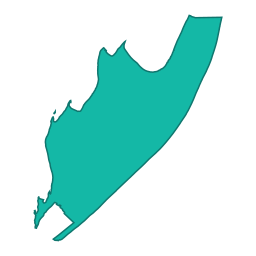 the district of Santa Vitória do Palmar, Rio Grande do Sul, Brazil
{"feature_id": "56859067B53044633061620", "entity_name": "Santa Vitória do Palmar", "entity_type": "district", "adm_level": 2, "iso_a3": "BRA", "parent_name": "Brazil", "parent_adm1": "Rio Grande do Sul", "projection": "robinson", "projection_center": [-53.104, -33.192], "detail": "fine", "context": "isolated", "style": "filled", "palette": "teal", "viewbox_px": 256, "rotation_deg": 0, "n_neighbors": 0, "source": "geoboundaries", "source_scale": "gbopen_adm2", "svg_char_len": 5631}
<svg xmlns="http://www.w3.org/2000/svg" viewBox="0 0 256 256"><path d="M53.3,239.1L53.9,239.5L54.5,240.1L55.2,240.3L56.6,240.4L57.3,240.2L57.9,240.6L58.5,240.6L59.5,239.7L60.6,239.9L61.4,239.4L62.1,239.1L62.7,238.6L63.2,238.1L63.9,237.6L66.6,235.2L68.5,233.6L69.5,232.9L70.1,232.4L70.8,231.9L71.9,230.9L74.7,228.6L78.3,226.0L79.2,225.1L79.9,224.6L80.3,224.2L81.8,222.9L84.5,220.7L89.7,215.6L90.2,215.2L91.9,213.9L93.0,213.1L94.8,211.4L95.3,210.9L97.1,209.3L97.6,208.9L98.1,208.4L99.2,207.3L100.2,206.3L101.4,205.0L104.4,201.9L105.0,201.3L105.7,200.6L106.0,200.2L108.7,197.6L116.3,190.6L116.7,190.0L120.0,186.9L127.4,179.9L128.4,178.9L130.5,177.0L131.2,176.3L131.8,175.7L133.3,174.3L135.3,172.3L141.4,166.7L145.0,163.2L148.9,159.2L156.4,152.4L157.0,151.7L158.0,150.8L160.0,148.9L162.3,146.4L165.9,142.3L169.5,137.9L173.1,133.3L176.1,129.1L176.6,128.4L177.4,127.3L177.7,126.8L180.0,123.5L180.9,122.0L183.7,117.9L185.3,115.5L186.1,114.2L186.7,112.9L188.2,110.4L191.7,103.3L192.3,101.9L193.4,99.5L196.1,92.8L196.9,91.1L197.4,89.9L198.2,88.3L199.7,84.6L200.4,83.2L201.0,81.7L201.6,80.6L202.8,77.9L206.1,71.6L207.2,69.0L208.8,65.6L210.8,60.6L211.7,58.0L212.2,56.2L214.0,50.8L215.3,46.6L215.6,45.6L216.4,42.7L217.1,39.8L217.9,36.0L219.3,29.1L219.5,27.7L219.9,26.2L220.0,25.3L220.2,24.4L220.6,22.5L221.2,20.1L221.3,19.4L221.8,17.3L195.2,17.7L194.2,17.3L191.3,16.5L190.9,15.9L189.2,15.4L188.3,17.6L187.3,19.7L186.2,21.4L184.3,25.4L184.0,26.2L183.7,26.7L182.6,29.3L182.0,30.9L181.6,31.8L181.3,32.5L181.1,33.0L180.6,33.9L178.6,38.2L178.2,38.9L177.7,40.0L177.3,40.8L176.4,43.0L176.0,44.0L175.1,46.2L173.8,49.6L174.0,50.2L173.5,50.5L173.3,51.3L172.5,53.0L172.3,53.8L171.9,54.7L171.3,56.0L170.7,56.7L170.6,57.4L170.2,57.8L170.2,58.6L169.5,59.1L169.2,59.6L168.6,60.1L168.4,60.7L168.0,61.1L168.0,61.8L167.7,62.3L167.2,62.4L166.8,63.3L166.4,64.2L166.0,64.8L165.6,65.4L164.9,66.5L164.4,66.9L163.4,67.9L162.9,68.2L162.3,68.7L161.2,69.0L160.5,69.7L159.8,70.0L159.2,70.2L158.5,70.7L157.1,71.4L154.9,71.8L154.4,71.8L153.0,72.2L151.4,72.0L150.5,72.0L147.1,71.2L145.6,70.6L144.4,70.0L142.6,68.8L140.2,66.7L139.0,65.4L137.7,63.8L137.0,63.0L135.6,61.9L133.4,60.1L130.9,57.6L128.5,54.6L127.1,52.6L125.3,50.0L124.9,49.4L124.4,48.6L124.1,47.8L124.0,46.4L124.0,45.6L124.1,44.8L124.3,43.9L125.0,42.0L125.2,41.4L124.5,41.9L122.2,44.4L121.7,45.1L121.3,45.5L120.5,46.7L120.2,47.1L119.4,47.7L118.8,48.3L118.2,48.9L117.7,49.3L117.5,49.9L116.7,51.3L115.6,53.0L115.1,53.6L114.3,54.3L113.8,55.0L113.2,55.4L112.6,55.9L111.9,56.0L111.4,56.0L110.2,55.4L109.1,54.7L107.5,53.5L106.1,51.8L106.2,51.1L105.4,50.5L106.0,50.3L104.7,48.9L104.2,48.2L103.7,47.8L102.7,48.5L101.7,49.6L101.2,50.0L100.8,50.5L100.2,51.6L99.9,52.6L99.4,55.3L99.0,56.4L98.6,58.5L98.3,59.6L98.1,61.0L98.2,61.6L98.0,62.2L97.9,63.8L98.1,65.1L98.0,65.9L97.8,66.6L97.9,67.6L97.8,68.3L97.8,69.5L97.7,70.1L97.8,71.4L97.8,72.0L97.8,72.9L97.8,73.6L98.0,75.4L98.4,78.1L98.5,79.6L98.4,80.2L98.2,81.2L98.1,81.9L97.5,84.4L97.1,85.1L97.0,85.9L96.8,86.5L96.1,88.0L95.6,88.6L95.4,89.3L95.1,90.2L94.6,90.8L93.1,93.3L92.7,93.7L92.3,94.1L92.0,95.0L91.6,95.6L91.1,96.2L89.6,98.4L88.8,99.3L87.9,100.2L87.4,100.7L86.1,102.0L85.4,102.9L84.9,103.4L84.6,103.9L84.4,104.4L83.8,104.9L82.5,108.0L80.8,110.8L80.1,111.3L78.4,111.2L77.8,111.4L75.9,110.5L74.0,109.7L71.7,108.6L70.8,107.9L69.4,106.1L69.1,105.3L69.2,104.1L69.4,103.1L69.9,102.4L70.8,102.5L70.9,101.5L70.7,100.5L70.1,100.7L69.8,101.3L69.4,101.7L68.4,103.3L68.0,104.3L67.8,105.6L67.0,107.2L66.3,108.3L65.3,110.4L64.2,111.4L62.4,114.1L61.7,114.8L60.6,115.8L60.0,116.6L59.3,117.2L59.2,117.8L58.1,119.6L57.4,120.2L56.6,121.2L55.7,121.8L55.1,121.9L54.2,121.8L53.5,121.2L53.5,120.0L53.6,118.9L53.3,117.6L53.2,116.4L52.8,117.5L52.3,117.8L51.4,120.2L50.9,121.3L50.9,122.0L51.5,122.2L51.3,123.1L51.0,124.2L50.6,126.3L50.3,126.8L50.1,127.3L49.9,128.2L49.4,129.2L49.1,130.9L48.2,134.0L47.5,135.4L47.2,136.1L46.6,136.9L46.3,137.7L45.7,139.3L45.5,140.6L45.4,141.6L45.4,142.5L45.7,144.4L45.7,145.9L46.2,147.9L46.4,148.4L46.6,149.2L47.3,151.9L47.5,152.6L47.7,153.4L48.2,156.1L48.5,157.9L48.8,159.8L49.5,162.2L50.0,163.7L50.3,166.1L50.5,167.0L51.0,168.8L51.2,169.5L51.6,170.9L52.3,173.0L52.7,175.4L52.9,177.7L52.7,179.5L52.7,180.6L52.5,181.4L52.5,182.1L52.3,182.7L52.1,183.4L51.8,184.0L51.8,185.1L51.5,185.9L51.6,187.7L51.5,189.0L51.2,189.6L51.3,190.4L50.8,192.3L50.8,193.2L50.4,193.9L49.7,193.4L49.4,192.6L49.3,191.8L48.5,193.1L48.3,194.2L48.4,195.4L48.3,196.5L48.1,197.3L47.8,198.0L47.3,198.5L47.0,199.3L46.8,200.0L46.3,200.9L46.1,201.8L45.8,202.2L44.8,202.9L44.0,203.0L43.5,202.7L42.7,201.3L43.2,200.8L43.0,200.2L43.4,199.7L40.3,198.9L39.4,198.4L39.0,197.9L38.9,197.1L39.0,196.5L38.3,197.5L38.2,198.2L38.4,198.9L37.8,200.8L38.0,201.7L38.4,203.6L38.4,204.9L37.8,206.5L37.7,207.2L38.0,208.4L38.2,209.9L38.2,210.6L37.7,211.4L37.3,212.0L36.6,213.4L35.7,213.7L35.2,213.0L35.4,211.3L35.0,210.5L34.4,210.9L34.8,211.8L34.7,212.5L34.2,212.9L34.5,213.6L34.9,214.0L35.3,214.5L35.5,215.1L35.8,215.5L35.4,217.0L35.5,217.6L35.4,218.3L35.1,218.8L34.9,219.7L34.6,220.3L34.7,220.9L35.0,221.6L34.8,222.2L35.0,223.6L35.5,224.2L35.6,224.9L36.0,225.3L35.3,226.0L35.2,226.6L35.2,227.9L36.4,228.2L36.6,227.5L37.1,226.4L37.6,225.6L38.2,224.4L38.4,223.8L38.7,222.3L39.5,220.3L40.6,218.7L41.7,217.5L43.2,216.0L43.7,215.2L44.0,213.7L44.6,212.9L45.8,212.1L46.8,210.5L48.1,209.1L48.5,208.6L50.8,206.7L51.9,205.6L54.0,203.1L54.8,202.4L56.9,203.4L56.5,204.4L59.3,205.9L59.7,205.1L60.7,205.5L60.2,207.5L62.4,209.2L62.8,210.5L64.6,212.3L64.2,213.5L73.9,222.7L58.2,235.4L53.3,239.1ZM54.6,113.1L55.2,112.7L55.2,111.5L54.6,112.5L54.1,112.9L53.9,114.1L54.6,113.1Z" fill="#14b8a6" stroke="#0f766e" stroke-width="1.5"/></svg>